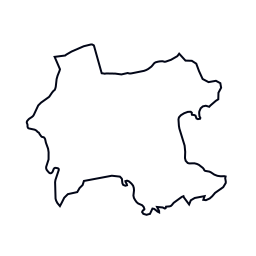 an SVG outline of Gaoual, rotated 170°
{"feature_id": "GIN-5639", "entity_name": "Gaoual", "entity_type": "Prefecture", "adm_level": 1, "iso_a3": "GIN", "parent_name": "Guinea", "parent_adm1": "", "projection": "mercator", "projection_center": [-13.344, 11.72], "detail": "fine", "context": "isolated", "style": "outline", "palette": "ink", "viewbox_px": 256, "rotation_deg": 170, "n_neighbors": 0, "source": "natural_earth", "source_scale": "10m", "svg_char_len": 2903}
<svg xmlns="http://www.w3.org/2000/svg" viewBox="0 0 256 256"><g transform="rotate(170 128 128)"><path d="M64.4,47.6L74.4,47.5L78.7,45.9L81.1,42.1L85.0,49.9L85.2,51.2L87.0,50.8L96.0,46.4L98.2,44.5L99.3,43.8L100.6,43.6L104.2,43.9L104.9,42.5L105.7,42.3L107.6,43.7L113.1,45.2L111.8,40.9L112.0,39.5L113.5,40.6L114.7,42.1L116.3,43.8L117.9,44.4L121.3,39.6L123.0,39.5L124.8,39.3L127.8,40.8L128.7,42.8L127.7,44.2L126.6,44.6L125.9,45.3L126.3,47.6L127.5,49.5L129.0,50.5L131.1,51.9L132.4,53.5L133.5,55.8L134.3,58.1L134.4,60.5L132.9,65.6L132.7,68.0L133.0,70.3L134.1,72.4L135.2,73.9L136.5,75.4L138.1,76.3L139.8,76.1L139.7,75.0L139.0,73.2L138.9,71.8L140.6,71.6L142.6,72.8L143.1,74.5L143.0,76.6L142.8,78.8L143.2,79.7L144.4,81.5L147.4,82.4L152.2,83.8L180.6,83.5L182.6,79.7L186.1,77.3L189.1,73.7L198.7,73.3L202.9,70.4L206.1,66.1L208.6,62.9L210.6,66.4L211.4,69.0L211.5,69.9L211.6,71.1L209.2,87.3L208.5,89.4L203.4,98.8L203.4,99.8L204.0,100.5L205.0,100.9L206.1,101.3L206.9,101.4L207.7,101.1L208.4,100.4L209.7,98.2L210.5,97.4L211.4,96.9L212.4,96.9L213.1,97.3L213.6,97.9L214.6,99.5L215.4,101.1L215.6,102.3L215.5,103.3L215.3,104.0L211.7,110.8L210.4,117.9L210.3,121.5L211.4,127.8L211.5,130.4L211.6,131.7L211.9,132.4L212.2,133.1L212.8,133.6L214.3,134.2L214.8,134.7L215.5,136.1L216.2,137.6L216.4,138.4L216.7,139.0L217.6,139.7L217.9,140.1L218.2,140.6L218.6,141.2L219.1,141.7L219.7,142.2L220.3,142.6L225.5,144.7L226.2,145.1L226.6,145.9L226.7,146.9L226.4,148.5L226.5,149.5L226.7,150.4L226.7,151.2L226.3,152.2L224.8,153.5L223.8,154.2L220.6,155.6L219.3,156.4L218.4,157.4L212.5,165.8L209.2,168.1L200.8,172.1L200.1,172.5L196.7,176.0L194.8,177.6L194.1,177.9L193.5,178.3L192.8,179.4L192.0,181.1L189.8,188.6L188.3,191.7L185.5,196.2L184.8,197.7L187.9,210.8L177.3,210.3L176.0,211.0L170.3,213.1L157.4,216.2L149.9,216.7L148.9,216.5L147.4,215.4L147.2,214.7L144.4,186.5L142.2,185.8L141.5,185.5L140.0,185.5L131.2,183.8L125.2,181.9L118.7,182.2L117.8,181.7L116.6,181.3L115.0,181.2L102.3,181.5L100.1,181.9L97.9,182.6L94.3,184.4L92.7,185.7L91.6,186.7L90.7,187.4L89.4,187.9L87.0,188.1L85.2,188.1L82.6,187.8L81.8,187.5L81.2,187.2L80.6,186.9L79.4,186.8L73.8,187.7L66.9,190.2L64.7,192.3L59.7,184.4L53.5,183.1L49.6,179.5L48.2,171.8L46.0,163.3L40.7,159.2L33.2,159.2L29.3,156.1L29.3,151.5L32.8,147.0L34.1,140.6L36.8,139.5L43.2,135.7L44.3,134.8L47.5,136.4L50.5,136.3L53.0,134.8L54.9,131.9L55.3,130.5L55.6,127.1L55.0,125.4L55.4,124.6L57.6,124.6L58.9,125.5L59.4,128.5L60.6,129.3L62.7,129.9L62.8,130.9L62.5,132.0L63.4,133.1L66.3,133.5L70.1,132.8L73.7,131.4L76.0,129.6L76.8,127.7L77.5,121.2L77.5,118.5L75.3,100.8L75.8,94.6L77.1,88.5L76.9,85.7L75.3,83.2L73.9,82.5L68.7,81.7L66.3,80.6L64.6,79.4L61.3,75.8L60.5,74.4L60.2,73.2L59.5,72.4L55.4,70.9L54.0,69.9L51.1,67.1L48.3,65.4L45.3,64.4L41.5,63.8L40.3,63.3L41.0,61.6L41.0,58.4L41.3,56.9L44.5,53.2L53.5,49.0L57.0,46.1L59.8,44.4L63.8,43.4L66.3,44.2L64.4,47.6Z" fill="none" stroke="#020617" stroke-width="2"/></g></svg>